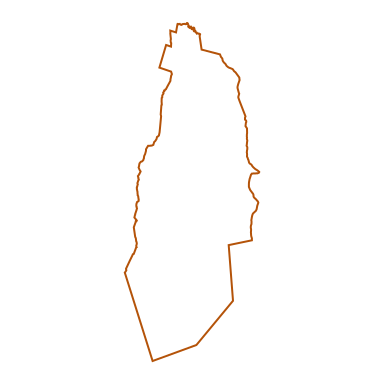 the district of La Paz, Catamarca, Argentina
{"feature_id": "61730980B42057198063965", "entity_name": "La Paz", "entity_type": "district", "adm_level": 2, "iso_a3": "ARG", "parent_name": "Argentina", "parent_adm1": "Catamarca", "projection": "equal_earth", "projection_center": [-65.146, -29.358], "detail": "fine", "context": "isolated", "style": "outline", "palette": "amber", "viewbox_px": 384, "rotation_deg": 0, "n_neighbors": 0, "source": "geoboundaries", "source_scale": "gbopen_adm2", "svg_char_len": 5600}
<svg xmlns="http://www.w3.org/2000/svg" viewBox="0 0 384 384"><path d="M191.4,27.8L191.2,27.6L191.2,27.2L190.9,26.9L190.9,26.7L190.6,26.7L190.4,26.8L190.3,27.0L190.4,27.5L190.6,27.7L190.6,27.8L190.4,27.9L190.1,27.9L189.9,27.8L189.7,27.9L189.4,27.7L189.2,27.5L189.2,27.4L189.0,27.2L188.7,27.1L188.4,26.9L188.3,26.7L188.6,26.5L188.8,26.6L188.9,26.4L188.9,26.1L188.8,25.7L188.7,25.6L188.6,25.4L188.5,25.2L188.3,25.1L188.0,24.6L187.7,24.4L187.8,24.0L187.7,23.9L187.7,23.7L187.8,23.5L187.7,23.4L187.5,23.2L187.4,23.1L187.1,23.0L186.8,23.1L186.7,23.2L186.7,23.6L186.4,23.8L186.2,24.1L185.9,24.2L185.7,24.2L185.2,24.1L184.9,24.0L184.7,23.9L184.4,23.9L183.3,24.0L182.8,24.1L182.5,24.1L182.1,24.3L182.0,24.5L181.9,24.5L181.6,24.8L181.3,24.9L180.8,24.7L180.7,24.7L180.4,24.5L180.1,24.3L179.9,24.1L179.8,23.9L179.6,23.9L179.4,24.0L179.2,24.1L178.7,24.3L178.5,24.2L178.4,24.0L177.8,23.9L177.6,23.9L177.5,24.0L176.0,32.4L170.3,30.6L170.4,32.7L170.3,33.5L170.9,39.1L170.6,40.3L170.8,42.6L171.2,43.1L171.0,46.6L166.1,45.0L159.4,67.6L171.1,71.6L171.9,74.1L171.1,75.9L171.0,76.9L170.5,79.2L170.4,80.9L167.4,86.4L165.9,89.3L165.3,89.5L164.6,90.7L164.1,90.7L164.1,91.4L163.2,92.5L163.5,93.5L163.4,93.7L162.3,95.4L162.2,97.0L162.2,97.5L161.7,98.0L161.6,101.5L161.8,104.8L161.4,105.2L160.7,114.5L161.1,116.2L160.0,128.0L159.6,132.2L158.9,135.5L158.1,136.3L157.0,137.0L156.5,139.1L155.2,141.1L154.2,142.0L153.3,144.9L152.5,145.2L152.3,145.4L151.0,145.7L150.7,145.6L149.9,145.8L148.1,145.8L146.8,147.9L146.0,149.3L146.0,150.7L145.9,151.2L145.1,154.1L144.3,155.7L144.0,157.0L143.9,158.4L143.7,158.7L143.3,160.1L143.0,160.3L142.5,161.0L142.2,161.3L140.8,161.8L139.5,163.4L139.1,165.4L139.1,166.0L138.6,167.5L139.6,169.9L140.2,170.8L140.6,171.4L140.4,172.0L140.1,172.4L139.6,173.6L139.2,174.0L139.2,174.4L137.9,176.1L138.4,177.9L138.3,178.1L138.8,179.7L138.5,179.9L137.4,183.2L137.8,184.4L137.4,185.3L137.4,185.9L136.8,187.3L137.0,187.8L136.8,188.9L137.1,189.8L137.1,190.1L137.3,191.2L137.4,191.5L137.5,191.8L137.5,192.4L137.5,193.3L137.7,194.5L137.6,195.1L138.2,196.2L138.3,197.2L138.4,197.9L138.6,199.0L138.6,199.4L138.7,199.6L138.6,200.2L138.7,200.8L138.5,201.1L138.3,201.3L137.1,202.0L136.4,204.0L136.3,206.1L136.7,206.9L136.6,207.4L137.0,208.3L136.6,209.6L136.6,209.8L135.9,211.9L135.2,214.0L135.2,214.7L135.0,214.9L134.4,217.5L136.8,220.5L136.6,220.9L136.1,220.5L135.9,220.7L135.9,221.1L135.7,221.5L135.6,222.2L133.8,227.3L135.2,236.9L135.8,238.2L136.2,241.3L136.6,242.1L136.8,243.7L136.2,246.0L136.6,247.1L136.3,247.2L135.9,248.1L135.7,248.7L135.3,249.8L133.8,253.8L133.7,254.0L133.0,254.2L132.9,254.2L132.8,254.3L132.4,255.4L129.8,260.7L126.1,268.6L126.0,268.9L126.3,270.1L126.3,270.4L125.0,272.4L124.8,272.6L152.6,361.0L196.4,345.0L233.0,300.8L228.7,245.1L251.9,240.3L251.9,239.0L251.9,238.7L251.9,238.3L251.4,236.7L251.2,235.9L251.1,235.1L251.0,233.2L250.9,232.3L251.0,231.3L251.1,229.9L251.0,228.8L250.8,228.0L250.8,226.6L251.0,225.3L251.4,224.3L251.5,223.1L251.5,221.9L251.5,221.0L251.3,220.2L251.6,218.9L251.7,218.0L252.0,216.6L252.2,215.6L252.3,215.3L252.6,214.3L253.0,213.6L253.2,213.3L254.4,212.2L255.0,211.6L255.8,210.9L256.1,210.4L256.3,209.9L256.6,209.3L257.3,205.6L258.3,202.8L258.3,202.5L258.0,201.8L257.8,201.4L257.4,200.9L257.0,200.6L256.6,200.0L256.4,199.8L255.8,199.1L255.5,198.9L255.3,198.6L254.7,198.2L254.2,197.6L253.8,197.1L253.6,196.6L253.5,195.9L253.5,195.3L253.4,194.6L253.2,194.1L252.8,193.4L252.4,193.0L252.1,192.6L251.7,192.0L251.2,191.4L250.2,190.0L249.7,188.9L248.9,186.9L248.9,185.4L248.9,184.3L248.9,183.8L249.0,182.3L249.6,179.0L249.9,178.2L251.0,174.7L251.4,174.2L251.9,173.6L252.6,173.6L253.1,173.5L253.9,173.4L254.9,173.5L255.8,173.4L256.4,173.3L257.1,173.3L257.6,173.3L258.0,173.1L258.8,172.8L259.2,172.2L259.2,171.8L258.7,171.5L258.2,171.0L257.3,170.3L255.5,169.2L254.5,168.4L253.9,167.8L253.3,167.3L252.0,165.7L251.7,165.0L251.1,164.4L250.2,163.8L249.8,163.6L249.4,163.1L249.0,162.4L248.9,161.7L248.6,160.8L248.5,160.1L248.3,159.8L248.0,159.2L247.8,158.4L247.6,157.8L247.0,156.6L247.0,155.6L247.1,154.9L247.0,153.8L247.0,153.2L246.8,152.3L246.9,151.7L247.0,150.5L247.3,149.2L247.3,148.3L247.3,147.6L247.3,147.2L247.0,146.5L246.6,145.8L246.8,144.7L246.9,143.7L247.0,142.7L247.1,141.7L247.3,140.9L247.2,140.0L247.1,139.7L246.9,139.0L246.9,138.1L247.0,137.5L246.9,136.9L246.9,136.7L246.8,136.2L246.9,135.4L246.9,134.3L247.0,133.7L247.1,133.1L247.0,128.4L245.5,126.1L245.9,122.8L246.3,121.9L246.1,120.6L245.0,119.6L245.0,117.7L245.5,116.4L239.5,100.9L238.4,97.8L238.3,97.2L238.4,96.4L238.8,95.1L239.2,93.7L239.0,93.3L238.7,92.4L237.6,88.3L237.5,87.6L237.6,86.4L238.3,83.8L239.0,81.8L239.6,80.0L239.5,79.6L239.3,77.5L239.0,77.1L235.5,72.3L234.2,71.3L233.9,70.9L233.4,70.2L233.1,69.6L232.4,69.0L231.4,68.6L230.5,68.2L229.3,67.8L228.3,67.3L227.1,66.3L226.6,65.9L225.3,63.7L225.0,63.5L224.6,63.2L223.6,62.1L222.7,60.7L222.3,58.5L220.9,56.8L220.0,54.4L201.6,49.6L199.7,36.7L199.7,36.2L199.7,35.5L199.9,35.0L200.1,34.5L200.1,34.2L199.9,34.0L199.5,34.0L199.3,34.1L199.2,34.1L199.0,33.9L198.9,33.6L198.6,33.6L198.4,33.6L197.8,33.3L197.6,33.3L197.4,33.4L197.1,33.5L196.9,33.6L196.8,33.4L197.0,33.2L196.9,32.9L196.7,32.6L196.3,32.6L196.0,32.6L195.8,32.4L195.7,31.9L195.5,31.3L195.4,31.0L195.2,31.0L194.6,31.3L194.3,31.4L194.1,31.3L193.9,31.1L193.7,30.5L193.8,30.3L194.0,30.1L194.5,29.9L194.6,29.6L194.5,29.3L194.4,29.2L194.3,28.9L194.4,28.7L194.2,28.0L194.0,27.8L193.7,27.6L193.2,27.7L193.2,28.2L193.2,28.4L193.3,28.5L193.2,28.7L193.1,28.9L192.6,29.1L192.4,29.1L192.2,29.2L191.7,29.1L191.6,28.8L191.7,28.7L191.7,28.2L191.4,27.9L191.4,27.8Z" fill="none" stroke="#b45309" stroke-width="2"/></svg>